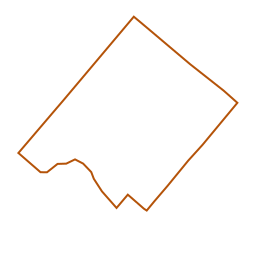 Dale, Alabama, United States of America, rotated 40°
{"feature_id": "52423323B68047835703901", "entity_name": "Dale", "entity_type": "district", "adm_level": 2, "iso_a3": "USA", "parent_name": "United States of America", "parent_adm1": "Alabama", "projection": "mercator", "projection_center": [-85.587, 31.408], "detail": "fine", "context": "isolated", "style": "outline", "palette": "amber", "viewbox_px": 256, "rotation_deg": 40, "n_neighbors": 0, "source": "geoboundaries", "source_scale": "gbopen_adm2", "svg_char_len": 474}
<svg xmlns="http://www.w3.org/2000/svg" viewBox="0 0 256 256"><g transform="rotate(40 128 128)"><path d="M89.4,218.1L94.4,214.0L97.1,200.8L103.6,195.0L107.6,186.1L116.5,184.1L128.2,185.4L134.5,188.9L148.8,193.3L170.6,196.6L170.7,179.2L177.0,179.3L192.1,179.6L195.4,179.2L195.3,167.4L195.5,147.0L195.1,114.2L195.9,93.1L195.6,38.4L177.4,37.9L134.6,39.2L75.7,39.0L60.9,39.0L60.7,149.8L60.6,158.4L60.1,217.6L89.4,218.1Z" fill="none" stroke="#b45309" stroke-width="2"/></g></svg>